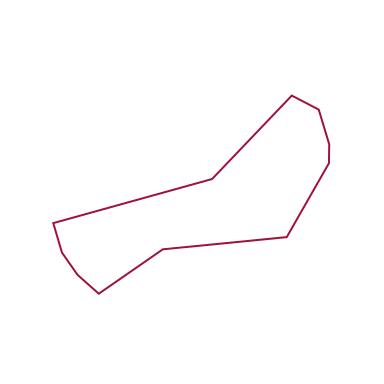 map outline of Guam (Albers equal-area conic projection), rotated 210°
{"feature_id": "GUM", "entity_name": "Guam", "entity_type": "country or territory", "adm_level": 0, "iso_a3": "GUM", "parent_name": "Oceania", "parent_adm1": "", "projection": "albers", "projection_center": [144.773, 13.44], "detail": "fine", "context": "isolated", "style": "outline", "palette": "rose", "viewbox_px": 384, "rotation_deg": 210, "n_neighbors": 0, "source": "natural_earth", "source_scale": "50m", "svg_char_len": 303}
<svg xmlns="http://www.w3.org/2000/svg" viewBox="0 0 384 384"><g transform="rotate(210 192 192)"><path d="M153.8,325.4L123.4,326.7L97.0,301.9L87.8,285.4L87.4,200.3L188.6,127.8L221.9,57.3L249.7,63.0L274.3,74.5L296.6,95.7L181.1,213.3L153.8,325.4Z" fill="none" stroke="#9f1239" stroke-width="2"/></g></svg>